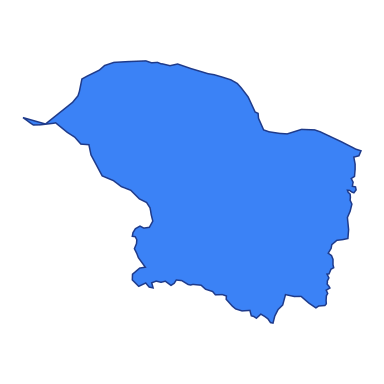 Sykopetra, Limassol, Cyprus (Mercator projection)
{"feature_id": "46923920B4019761469053", "entity_name": "Sykopetra", "entity_type": "district", "adm_level": 2, "iso_a3": "CYP", "parent_name": "Cyprus", "parent_adm1": "Limassol", "projection": "mercator", "projection_center": [33.109, 34.881], "detail": "fine", "context": "isolated", "style": "filled", "palette": "blue", "viewbox_px": 384, "rotation_deg": 0, "n_neighbors": 0, "source": "geoboundaries", "source_scale": "gbopen_adm2", "svg_char_len": 2258}
<svg xmlns="http://www.w3.org/2000/svg" viewBox="0 0 384 384"><path d="M319.6,131.6L314.7,129.9L301.5,129.4L287.2,133.9L279.6,133.4L269.0,131.8L263.6,129.9L258.5,118.3L258.1,113.4L255.1,112.0L249.2,99.2L248.1,96.9L241.4,88.1L237.3,83.5L230.8,79.8L222.3,77.1L214.1,74.7L208.0,73.7L202.1,71.9L191.0,68.6L177.6,64.0L170.0,65.7L162.5,63.9L161.0,63.8L157.5,62.4L151.5,62.8L145.9,60.9L128.0,61.6L113.9,62.4L104.6,65.5L99.4,70.1L87.2,76.1L81.9,79.0L79.4,91.4L78.0,95.8L77.9,95.9L72.6,102.3L45.5,124.0L23.0,117.6L27.3,120.7L29.8,122.6L33.4,125.0L40.5,124.8L54.0,123.2L55.6,122.8L67.2,132.3L74.8,137.2L80.9,144.1L88.9,144.7L91.0,154.9L102.2,175.9L113.4,180.6L121.3,186.6L130.8,190.3L139.4,198.9L146.6,202.5L150.0,207.8L150.6,210.8L151.2,214.6L152.8,221.1L149.4,227.3L143.8,228.1L140.0,226.1L135.4,228.7L133.0,232.6L132.3,236.3L135.2,236.7L136.8,239.7L136.5,243.6L134.4,248.7L136.8,253.5L138.4,257.7L145.3,267.2L139.7,268.1L132.5,274.2L132.3,279.9L137.3,284.9L138.7,286.3L138.8,286.3L145.7,283.0L149.2,287.1L153.1,287.9L151.7,282.8L156.2,281.1L161.0,282.3L165.3,281.2L171.0,285.4L174.2,283.3L176.3,280.0L181.8,280.6L188.1,284.5L190.6,285.0L192.9,284.4L201.1,285.2L205.5,289.2L212.6,291.5L215.4,294.8L222.4,294.6L226.4,296.0L226.2,299.3L232.3,306.1L235.6,308.9L242.0,310.9L249.9,310.4L251.3,315.8L253.8,316.5L256.4,318.2L259.5,315.4L260.8,314.1L264.8,316.5L267.9,318.8L270.5,322.6L273.0,323.1L274.8,316.0L278.1,309.5L282.7,305.0L285.5,294.6L294.3,296.5L301.1,296.4L309.0,303.2L315.9,307.9L318.7,306.0L324.9,305.5L325.0,305.4L326.3,303.8L326.3,303.3L326.1,300.5L326.4,295.7L327.7,293.5L326.2,290.2L329.9,288.0L329.0,286.4L327.1,284.0L327.4,282.5L327.3,281.0L328.9,277.9L327.0,274.1L329.0,273.9L331.0,269.2L333.7,267.7L333.0,264.8L333.0,259.3L331.5,255.6L328.2,253.2L331.1,248.4L331.8,244.6L336.9,240.3L342.8,239.6L347.9,238.5L348.6,229.7L347.4,217.5L350.1,211.3L351.9,204.1L350.1,200.2L350.4,197.3L350.3,196.0L350.1,194.1L348.1,192.2L347.4,190.2L349.5,190.4L352.1,192.2L353.9,192.8L356.1,189.9L355.5,186.9L352.4,186.3L352.5,185.1L353.1,182.2L351.2,178.5L354.5,176.4L355.1,169.4L355.1,164.1L353.8,157.1L358.9,155.8L361.0,150.8L355.4,149.0L355.3,148.9L353.6,148.0L343.2,142.7L342.9,142.5L319.8,131.6L319.6,131.6Z" fill="#3b82f6" stroke="#1e3a8a" stroke-width="1.5"/></svg>